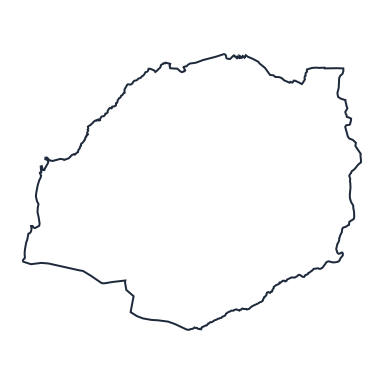 outline of Ningi, Bauchi, Nigeria
{"feature_id": "59680162B85522063023223", "entity_name": "Ningi", "entity_type": "district", "adm_level": 2, "iso_a3": "NGA", "parent_name": "Nigeria", "parent_adm1": "Bauchi", "projection": "robinson", "projection_center": [9.239, 11.022], "detail": "fine", "context": "isolated", "style": "outline", "palette": "slate", "viewbox_px": 384, "rotation_deg": 0, "n_neighbors": 0, "source": "geoboundaries", "source_scale": "gbopen_adm2", "svg_char_len": 5863}
<svg xmlns="http://www.w3.org/2000/svg" viewBox="0 0 384 384"><path d="M189.8,63.6L187.5,65.2L186.7,66.2L183.9,66.8L183.5,67.2L185.1,70.2L184.7,70.5L184.9,70.8L184.4,71.3L183.8,71.3L182.3,72.2L180.3,71.4L177.4,68.7L170.5,68.3L170.0,68.0L169.9,66.3L169.5,65.8L169.6,65.1L170.0,64.7L170.2,63.8L165.6,62.7L165.2,63.3L163.5,63.2L163.3,63.8L161.2,64.8L160.7,65.7L160.6,66.9L160.1,67.7L158.8,68.8L157.1,70.6L155.3,72.0L154.3,70.5L151.6,69.3L149.0,68.6L148.4,69.0L148.3,69.9L147.9,71.0L147.2,71.7L145.4,72.3L144.4,74.2L143.0,75.8L141.8,76.4L140.7,77.8L138.2,78.7L137.4,79.7L136.5,80.3L134.2,80.8L133.1,82.0L132.5,83.2L131.6,84.1L130.4,84.6L128.2,84.3L127.4,84.5L124.5,89.5L124.6,90.9L124.3,91.9L124.7,92.7L123.1,93.7L122.8,94.6L122.1,95.3L121.2,95.6L120.5,97.4L118.9,98.4L118.5,99.2L117.7,100.2L117.5,101.9L116.8,103.0L116.0,103.2L115.9,105.5L113.8,106.6L112.7,106.5L112.1,106.7L111.7,108.3L111.4,108.4L110.1,107.9L109.3,108.4L107.9,110.4L107.6,111.3L107.8,112.0L106.6,113.4L106.0,113.4L105.3,113.7L105.2,114.6L103.9,116.1L101.8,116.5L101.2,117.0L100.2,118.9L99.9,119.1L100.0,120.2L99.2,120.5L98.6,120.4L98.7,119.8L98.5,119.5L97.0,119.9L96.6,120.6L96.0,120.8L95.4,120.5L93.5,121.9L92.6,123.1L90.0,125.4L89.5,125.5L87.9,126.6L88.3,128.8L87.6,129.6L88.1,130.7L87.2,132.7L87.5,133.5L87.1,134.1L87.8,134.5L86.4,136.1L85.9,136.3L85.8,136.7L86.0,137.0L85.3,137.8L85.0,139.6L84.5,139.8L84.1,140.9L82.3,143.0L81.3,143.7L80.9,144.3L81.1,145.1L80.9,146.0L80.4,146.2L79.9,147.2L79.9,148.1L78.3,150.2L78.0,152.1L77.2,152.4L74.9,154.6L74.5,154.6L74.1,154.1L71.8,155.1L68.9,158.2L64.3,159.9L64.2,159.5L60.3,158.9L52.5,161.0L51.8,160.7L50.0,160.6L49.3,159.8L48.7,159.6L47.4,157.9L46.7,157.5L45.4,157.7L45.3,159.2L47.1,159.9L47.8,160.5L48.2,162.7L45.1,168.1L44.3,170.1L42.9,170.0L41.8,166.1L40.7,166.5L41.3,172.4L39.9,172.7L40.4,174.4L41.1,175.5L40.5,178.0L39.2,180.3L37.6,185.7L36.2,193.3L35.9,196.6L37.1,201.5L38.5,204.0L37.8,207.5L37.5,212.3L38.6,217.0L39.6,223.5L39.2,225.8L35.0,228.1L33.5,227.5L32.6,226.0L31.1,226.0L31.5,228.3L31.2,230.9L30.5,232.4L29.5,233.3L28.4,233.7L27.1,240.4L26.3,242.0L24.9,249.7L24.6,253.7L24.9,257.6L24.5,258.7L23.8,259.0L23.2,259.7L23.0,260.7L23.3,261.7L30.9,264.2L41.4,262.9L48.6,263.5L79.6,270.4L82.9,270.9L91.3,276.0L101.6,283.1L102.9,283.3L105.3,283.2L112.4,282.0L125.3,280.5L125.0,282.1L126.3,289.9L133.6,296.2L130.6,312.1L136.9,316.1L142.9,318.4L151.4,319.9L157.9,320.3L168.0,321.6L174.8,324.0L186.6,329.5L188.9,329.9L189.7,329.4L193.2,328.6L194.5,327.5L195.5,328.0L196.0,327.8L197.1,328.0L197.6,328.6L199.1,329.1L199.4,329.1L200.1,328.7L201.0,329.3L202.1,327.1L203.7,326.5L205.2,325.7L205.6,325.5L206.2,325.6L206.9,325.2L207.8,323.9L208.1,323.6L208.4,323.8L209.8,322.5L210.7,322.1L211.3,322.3L212.2,321.9L214.9,320.1L215.8,320.0L218.1,318.7L219.2,318.6L219.9,318.1L221.5,317.8L222.4,316.6L223.4,316.4L225.3,315.4L225.9,313.8L228.1,312.2L230.4,311.3L231.2,310.7L233.4,310.7L234.0,310.1L236.0,309.4L236.5,309.4L237.1,309.8L237.7,309.8L239.5,310.6L239.8,310.0L240.6,309.6L241.5,309.5L242.1,308.7L242.6,308.5L244.0,309.0L246.3,309.0L246.8,309.5L249.2,308.8L249.5,308.4L252.3,306.1L258.0,303.5L260.0,302.2L261.3,301.8L262.3,301.1L262.9,300.5L263.0,299.6L263.6,298.4L264.2,297.7L264.1,297.3L264.4,296.8L265.5,296.3L266.5,294.9L266.7,293.3L267.0,292.6L268.5,292.1L270.0,292.9L270.7,291.9L271.4,291.9L272.0,291.5L272.3,291.1L272.2,290.4L273.8,287.9L273.6,287.2L273.8,286.9L276.4,284.9L277.4,284.7L279.5,283.5L279.4,282.9L279.5,282.5L280.6,282.6L281.5,281.7L282.4,281.3L282.7,280.8L283.3,280.7L284.7,280.8L285.0,281.3L285.6,281.3L286.6,280.7L287.0,279.7L288.0,279.1L291.6,277.4L294.6,277.6L297.2,276.2L298.4,275.0L299.0,274.8L300.0,275.0L302.6,276.8L304.2,276.9L305.5,274.9L306.5,274.8L307.7,274.2L308.3,273.6L308.3,273.0L310.0,272.2L311.4,270.9L312.4,270.5L313.2,269.3L314.1,268.8L318.1,268.3L319.0,268.8L320.4,268.8L322.5,267.7L325.1,264.2L326.3,262.3L327.3,261.7L328.7,261.3L332.7,262.4L335.3,262.3L338.7,261.5L340.0,259.6L340.4,258.3L342.8,255.4L342.8,253.3L342.1,252.5L341.4,252.6L340.5,253.3L338.7,253.8L337.5,252.9L336.2,249.0L337.4,243.9L338.2,242.7L339.1,240.5L339.3,239.5L339.1,238.8L340.4,234.9L341.7,232.5L342.3,228.9L342.8,227.9L343.6,227.4L345.9,226.8L348.2,225.1L349.0,224.9L349.3,221.8L353.6,219.1L354.0,218.3L354.2,217.0L354.1,212.2L353.3,208.0L353.2,205.5L351.0,201.9L350.0,198.3L349.8,196.5L349.9,193.7L350.5,187.8L350.3,183.1L350.0,181.4L350.2,178.7L349.2,175.8L350.3,173.8L351.0,173.2L351.6,171.4L354.5,169.2L358.2,164.6L361.0,162.3L360.9,159.5L360.4,155.1L360.8,154.0L355.4,146.0L355.9,142.8L352.8,139.9L349.2,138.5L347.6,136.0L347.6,135.6L345.2,126.9L346.1,125.3L349.4,124.8L350.2,123.9L350.3,122.4L350.8,121.6L351.1,118.6L348.6,117.4L346.8,116.9L346.5,114.8L345.8,114.0L345.3,111.9L347.4,108.3L346.2,105.1L346.3,104.3L345.5,101.9L345.5,100.1L341.1,98.8L338.2,97.0L337.8,95.5L337.4,93.0L338.7,88.0L339.2,77.9L340.4,75.6L342.5,73.8L343.4,71.0L343.3,68.4L337.0,68.2L324.7,68.4L324.6,67.7L318.2,67.9L316.8,67.6L312.2,67.9L307.1,69.4L307.1,69.8L306.8,70.1L307.0,71.6L306.5,72.3L305.8,72.8L305.5,74.1L305.6,75.9L305.0,76.1L304.7,76.8L304.5,78.0L304.9,79.2L304.7,79.4L304.3,80.7L303.6,81.3L303.2,82.4L301.8,84.1L299.0,82.5L294.9,80.6L293.6,80.7L293.6,81.4L293.1,81.7L292.7,82.3L292.1,82.6L290.4,81.8L290.0,82.5L289.5,82.7L283.9,80.2L282.5,78.6L282.0,78.5L280.9,77.7L279.1,77.1L275.4,77.0L273.6,75.4L270.0,74.9L265.0,67.9L259.7,63.6L258.2,61.7L252.3,58.6L247.7,56.7L245.8,55.2L245.2,56.0L245.0,57.3L244.5,57.7L243.9,56.8L242.7,56.0L242.3,56.8L242.4,57.4L241.8,57.8L241.2,56.9L239.8,56.0L240.2,57.5L240.0,58.1L239.5,58.2L239.0,57.8L238.5,56.8L237.8,56.4L237.3,56.5L237.5,57.6L237.3,58.2L236.8,58.3L235.8,56.9L235.2,56.5L234.7,56.6L234.2,56.3L234.2,55.5L233.7,55.4L230.1,59.0L227.8,58.8L226.6,58.3L226.2,57.2L225.9,55.6L225.4,54.6L223.9,54.1L216.3,56.6L202.9,60.1L195.9,62.7L189.8,63.6Z" fill="none" stroke="#1e293b" stroke-width="2"/></svg>